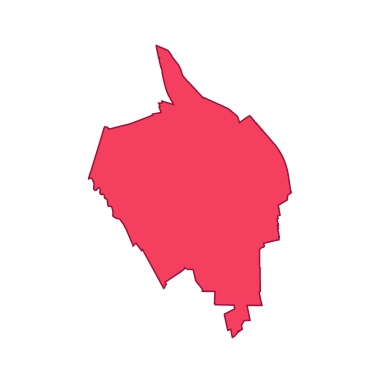 outline of Bodegraven-Reeuwijk, Zuid-Holland, Netherlands, rotated 257°
{"feature_id": "6326949B27886960256598", "entity_name": "Bodegraven-Reeuwijk", "entity_type": "district", "adm_level": 2, "iso_a3": "NLD", "parent_name": "Netherlands", "parent_adm1": "Zuid-Holland", "projection": "robinson", "projection_center": [4.773, 52.068], "detail": "fine", "context": "isolated", "style": "filled", "palette": "rose", "viewbox_px": 384, "rotation_deg": 257, "n_neighbors": 0, "source": "geoboundaries", "source_scale": "gbopen_adm2", "svg_char_len": 5526}
<svg xmlns="http://www.w3.org/2000/svg" viewBox="0 0 384 384"><g transform="rotate(257 192 192)"><path d="M342.8,190.2L342.2,190.0L338.2,189.9L332.3,189.7L329.7,189.7L330.2,190.5L329.9,190.6L328.3,189.9L327.4,189.7L320.3,189.8L318.6,190.1L316.8,190.1L315.1,189.9L314.8,189.7L314.1,190.0L313.9,189.7L311.1,189.6L308.4,189.6L305.5,189.7L305.4,189.5L305.1,189.5L304.1,189.6L299.0,189.8L295.7,190.1L291.8,190.8L287.6,191.9L281.4,193.7L282.8,191.0L283.3,190.2L287.4,183.1L285.5,182.9L286.0,179.9L286.1,179.4L284.1,179.9L283.0,180.2L282.6,179.1L280.6,179.2L279.1,179.5L278.1,179.6L276.8,179.7L276.4,179.7L276.8,170.9L276.1,170.6L275.5,170.5L275.5,169.6L275.1,167.2L272.7,150.1L272.6,149.1L272.3,146.1L272.3,145.0L272.2,140.1L272.2,138.3L271.9,124.9L273.8,124.5L274.5,123.1L275.1,121.8L275.2,121.6L275.1,121.4L274.8,121.2L270.4,118.6L269.0,117.9L264.7,115.4L249.5,106.6L232.9,97.0L232.6,96.8L232.7,96.7L229.4,94.8L228.5,94.3L228.1,94.2L228.0,94.9L228.3,95.0L228.2,95.3L228.3,95.6L228.2,96.2L228.2,96.5L228.1,97.1L227.9,97.4L227.8,97.5L227.3,97.7L226.8,97.7L225.9,98.0L225.7,98.1L225.3,98.0L224.6,98.1L223.9,98.4L223.6,98.4L222.7,98.4L221.7,98.3L220.8,98.2L220.2,97.8L219.8,97.7L219.7,97.8L219.3,97.6L219.1,97.4L218.6,97.2L217.2,97.0L216.9,97.1L216.7,97.0L215.7,97.6L215.3,98.4L215.2,98.5L215.2,98.8L215.4,98.8L215.5,99.3L215.7,99.7L216.9,101.2L217.3,101.8L217.2,102.1L216.9,102.5L216.7,102.9L216.4,103.0L215.9,103.2L215.5,103.2L213.5,102.6L213.4,102.5L212.5,102.2L212.5,102.3L212.2,102.2L211.6,102.1L210.4,102.5L210.0,102.9L210.1,103.0L209.9,103.9L209.9,104.8L209.6,105.2L209.3,105.3L208.9,105.7L208.4,105.9L208.0,105.7L207.3,105.7L206.4,105.5L205.9,105.5L205.2,105.9L204.4,107.1L203.8,107.6L203.0,107.5L202.7,107.6L202.2,107.6L201.6,107.5L201.5,107.4L201.2,107.4L200.4,107.4L199.7,107.2L198.1,107.1L197.7,107.1L197.4,107.3L197.0,107.6L196.6,108.0L196.5,108.4L196.5,108.9L196.5,109.0L196.3,109.8L196.2,109.9L196.2,110.0L195.7,110.3L194.6,110.5L193.7,110.5L192.1,110.6L191.6,110.6L189.4,110.4L187.9,109.9L186.9,109.6L186.3,109.6L185.8,109.9L185.4,110.2L184.2,111.4L183.1,112.9L182.7,113.7L182.0,115.3L181.7,115.7L181.3,115.9L180.7,116.0L179.7,116.4L179.8,116.5L178.4,117.0L178.2,117.1L178.3,117.1L177.7,117.3L177.2,117.4L177.2,117.5L176.2,117.9L175.0,118.4L174.6,118.5L174.4,118.4L173.7,118.6L173.8,118.7L173.1,118.9L169.0,119.8L166.5,120.2L160.0,121.4L158.1,121.7L153.7,122.5L153.1,122.6L152.8,122.5L153.1,123.3L153.7,124.0L154.3,124.9L154.3,125.1L154.7,125.9L146.2,129.7L147.2,130.8L126.3,136.7L104.5,142.7L105.0,143.6L105.0,143.8L105.3,143.9L105.7,144.1L107.3,145.2L107.7,146.2L108.0,146.2L110.2,145.6L111.4,148.7L111.6,149.4L112.0,150.2L112.6,151.7L114.0,155.7L115.4,159.4L115.7,160.6L116.4,162.3L116.5,162.6L116.8,162.5L116.9,162.9L117.1,163.2L116.9,163.3L118.6,166.9L119.4,167.9L119.7,167.9L119.3,168.3L118.8,169.0L118.3,169.7L117.8,170.2L117.5,170.6L117.1,172.2L116.5,174.1L116.3,175.6L104.8,175.7L102.9,176.5L101.9,177.0L100.8,177.4L98.2,178.8L97.4,179.1L96.3,179.6L93.8,180.5L93.3,180.8L93.3,180.6L93.1,180.5L93.3,179.9L92.9,179.8L89.9,192.0L78.4,188.8L78.2,189.4L77.0,189.1L73.1,204.4L72.3,207.5L68.5,207.3L67.9,205.0L67.6,203.4L67.2,202.4L66.6,199.8L66.3,198.7L66.2,198.4L66.2,198.0L66.1,197.7L65.8,196.4L65.6,196.0L63.9,195.9L49.2,195.7L49.2,196.8L49.5,196.8L49.5,197.6L49.5,198.3L49.6,198.8L41.2,198.6L41.3,199.2L42.0,201.1L43.5,203.3L43.9,203.8L45.0,204.9L46.2,205.7L46.2,206.6L45.4,206.5L46.3,208.4L46.8,209.5L46.9,210.0L51.1,210.2L54.9,214.0L54.4,217.1L54.2,218.1L54.1,218.3L54.0,218.8L53.9,219.7L69.2,220.1L65.9,233.7L65.7,234.7L69.0,234.7L70.4,234.6L79.5,234.9L79.5,235.4L79.6,235.6L79.7,235.9L79.8,236.2L95.6,239.6L100.3,240.7L102.6,241.3L102.7,241.2L103.1,241.2L103.5,240.9L108.3,242.0L120.7,244.9L120.9,245.0L121.4,245.9L122.1,247.4L122.2,247.9L122.2,249.1L122.7,250.2L125.9,250.4L126.0,262.2L126.0,262.9L125.9,265.0L125.9,265.5L125.9,266.0L127.1,266.1L127.7,266.0L127.8,266.7L128.2,266.8L128.7,266.5L129.3,266.3L129.2,266.4L129.3,266.9L129.5,266.8L131.1,267.0L132.8,267.2L133.5,267.3L135.8,266.9L135.8,267.0L136.6,266.9L136.8,268.1L137.6,268.0L138.7,268.1L138.6,267.8L140.2,267.6L140.4,268.9L141.2,268.7L141.5,268.8L141.5,268.7L144.4,268.6L145.5,268.7L146.5,268.6L146.8,270.0L148.1,269.8L148.8,270.1L149.1,270.1L149.8,272.7L150.5,272.6L153.2,272.7L153.8,272.6L155.2,272.8L156.0,272.7L156.1,273.0L158.2,272.8L158.3,273.1L159.2,273.0L159.6,273.0L162.9,283.1L167.3,284.5L169.0,288.5L169.9,288.6L169.8,288.2L186.6,289.6L189.3,289.7L192.2,289.8L195.5,289.6L197.8,289.5L200.3,289.2L203.3,288.7L207.1,287.9L209.7,287.2L213.0,286.1L215.3,285.2L218.2,284.0L221.1,282.5L236.9,274.2L236.8,273.9L237.9,273.3L238.0,273.6L243.8,270.5L243.7,270.3L244.2,270.0L244.3,270.3L244.9,270.0L244.8,269.7L245.2,269.5L246.2,269.0L247.6,268.2L247.7,268.5L253.3,265.5L252.5,262.6L249.3,254.8L249.0,254.4L248.8,254.0L249.6,253.9L253.3,253.6L254.7,253.3L256.0,252.9L258.8,250.8L260.2,249.8L261.7,248.5L262.0,248.4L262.5,248.1L263.6,247.3L266.0,244.9L266.4,244.1L268.4,241.8L277.1,230.2L279.8,226.7L280.8,225.3L280.8,225.1L281.0,225.1L281.2,224.9L281.3,224.8L281.3,224.5L281.0,224.2L288.8,219.6L290.7,218.6L292.9,217.3L294.6,216.4L295.4,215.8L298.8,213.9L300.5,212.8L300.4,212.7L302.1,211.7L302.3,211.7L302.6,211.7L304.1,210.8L305.3,210.2L306.2,209.7L307.3,209.2L308.6,209.0L309.9,208.8L311.3,208.7L312.6,208.7L314.6,208.4L315.7,208.2L317.5,207.7L318.5,207.6L318.9,207.4L320.0,206.9L321.7,206.0L328.0,203.1L328.3,203.0L329.2,202.9L331.0,202.3L332.7,201.6L335.3,200.4L342.8,190.2Z" fill="#f43f5e" stroke="#9f1239" stroke-width="1.5"/></g></svg>